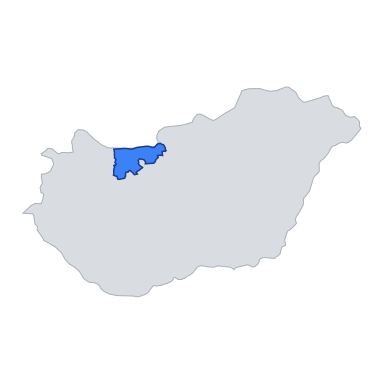 Hungary, with Komárom-Esztergom highlighted
{"feature_id": "HUN-3163", "entity_name": "Komárom-Esztergom", "entity_type": "County", "adm_level": 1, "iso_a3": "HUN", "parent_name": "Hungary", "parent_adm1": "", "projection": "albers", "projection_center": [18.366, 47.587], "detail": "fine", "context": "in_parent", "style": "filled", "palette": "blue", "viewbox_px": 384, "rotation_deg": 0, "n_neighbors": 0, "source": "natural_earth", "source_scale": "10m", "svg_char_len": 3703}
<svg xmlns="http://www.w3.org/2000/svg" viewBox="0 0 384 384"><path d="M322.5,96.5L327.1,95.6L327.4,95.7L328.5,96.0L329.4,99.4L329.6,99.6L330.8,101.8L332.0,104.8L333.8,107.0L337.4,107.7L342.3,110.3L345.7,115.4L350.4,117.3L350.8,117.3L351.6,117.0L355.0,116.6L355.7,117.7L358.5,120.1L359.6,122.3L359.3,124.7L359.9,127.4L361.0,128.3L359.8,130.2L351.7,139.8L348.4,142.4L346.2,143.0L342.6,142.3L339.0,143.2L335.8,145.3L332.8,146.1L330.7,148.5L327.9,153.6L324.5,158.0L320.9,160.8L319.1,163.2L319.3,171.3L317.4,173.7L314.7,176.2L313.3,178.3L309.7,190.8L306.6,194.9L303.7,198.0L303.3,200.8L303.5,204.0L300.3,210.4L296.1,217.1L295.3,219.9L296.5,223.4L292.3,227.8L289.8,229.9L287.8,230.9L286.6,233.6L284.7,240.0L285.3,242.8L285.5,245.4L281.9,247.1L280.9,250.0L280.1,253.6L278.6,255.3L274.5,258.4L264.1,257.5L260.2,258.6L259.1,260.7L258.9,262.4L257.7,264.1L255.4,266.2L253.0,267.1L247.5,264.8L235.9,267.6L234.0,269.5L232.3,268.2L229.8,267.1L218.1,265.9L213.6,267.2L207.4,266.8L201.7,265.6L197.5,266.7L193.8,271.8L192.0,273.5L190.5,274.6L187.3,276.2L184.7,278.2L181.1,279.6L177.9,279.4L174.9,277.3L173.8,277.8L172.9,279.8L171.2,281.5L166.7,283.6L165.6,283.6L165.3,283.6L161.9,285.2L156.2,286.0L153.3,285.5L148.1,292.4L146.5,293.7L141.5,295.8L137.5,296.9L134.0,296.1L132.6,296.0L117.1,295.6L109.1,294.0L103.9,291.3L100.5,288.2L98.8,284.8L94.8,282.8L88.5,282.0L83.7,278.6L80.2,272.6L75.6,267.8L69.6,264.2L65.0,259.3L61.6,252.9L55.4,247.0L46.5,241.8L43.8,240.6L43.3,239.0L39.0,232.6L37.2,230.2L37.4,227.1L36.6,225.3L35.0,224.0L34.3,219.5L33.9,216.1L32.7,213.9L23.0,213.2L31.3,205.4L35.4,203.3L40.0,203.8L41.5,203.1L41.9,201.9L42.8,199.4L43.2,196.9L43.7,194.6L43.2,193.3L41.0,192.8L40.1,187.1L41.3,184.9L42.4,183.4L41.2,176.4L41.7,174.1L45.3,173.8L48.3,172.4L50.8,170.7L51.5,168.6L53.6,164.3L51.9,158.8L41.6,155.1L41.1,153.7L43.6,152.3L46.2,150.2L47.7,148.5L49.7,148.3L52.5,149.2L57.4,153.2L59.3,153.8L61.1,152.7L63.1,152.5L68.6,152.8L73.3,152.0L72.3,147.8L72.3,144.8L71.6,142.4L72.1,139.7L74.0,137.7L74.7,133.1L77.6,130.0L79.0,129.6L84.0,130.2L85.2,131.0L86.0,131.2L94.0,139.0L101.6,144.8L107.9,147.8L117.1,148.1L126.9,148.4L143.3,147.4L155.6,146.6L156.4,145.2L158.3,141.7L156.8,138.8L156.9,135.3L158.9,130.8L164.9,127.1L182.2,125.2L192.2,122.3L193.6,118.5L196.9,114.7L199.8,113.9L204.0,115.6L209.0,118.8L213.4,120.5L216.0,119.3L224.6,113.5L234.6,107.8L241.1,92.9L241.8,90.6L249.2,88.7L260.2,88.6L265.8,90.4L270.1,91.2L276.4,90.7L285.4,87.1L288.7,87.1L291.4,89.2L294.4,91.1L296.4,93.3L298.0,96.6L298.8,97.8L300.2,99.5L302.6,101.7L304.8,102.3L321.5,97.4L322.5,96.5Z" fill="#d9dde1" stroke="#a8b0b8" stroke-width="1"/><path d="M152.6,147.4L154.1,147.3L155.3,146.5L156.9,144.6L157.8,144.0L158.9,143.7L160.1,143.2L160.2,143.3L161.8,144.3L163.5,144.7L164.6,146.5L165.2,147.7L165.5,149.9L166.1,150.6L165.2,151.4L164.1,151.0L162.1,151.7L162.6,155.5L160.0,155.2L157.4,155.6L157.9,156.5L158.2,157.6L156.9,158.6L155.8,160.0L155.0,162.0L153.8,163.2L145.3,163.8L145.7,162.3L144.1,159.8L141.5,159.2L139.6,158.9L138.2,160.4L138.8,162.3L138.3,163.7L140.1,165.9L142.6,167.4L141.9,168.3L140.9,168.7L139.5,170.1L137.0,171.4L136.2,172.5L136.9,173.1L137.4,174.0L134.7,174.7L133.8,174.2L133.1,173.1L130.2,170.5L129.2,170.5L128.4,171.9L127.2,172.2L126.0,172.2L125.5,174.0L125.6,176.2L125.0,177.0L124.7,178.2L119.0,179.4L117.8,179.2L117.3,177.8L117.0,176.3L115.4,176.0L113.5,175.2L113.8,173.2L113.7,171.1L113.7,169.6L114.5,167.5L113.9,165.4L114.4,165.0L115.5,165.4L116.1,164.1L114.9,162.4L116.0,159.4L114.5,158.1L114.6,155.9L114.3,154.6L114.5,153.3L114.4,151.7L114.0,150.1L113.9,149.1L125.3,148.4L131.4,149.1L133.2,148.9L137.0,147.4L147.1,146.2L149.3,146.4L151.2,147.1L152.6,147.4Z" fill="#3b82f6" stroke="#1e3a8a" stroke-width="1.5"/></svg>